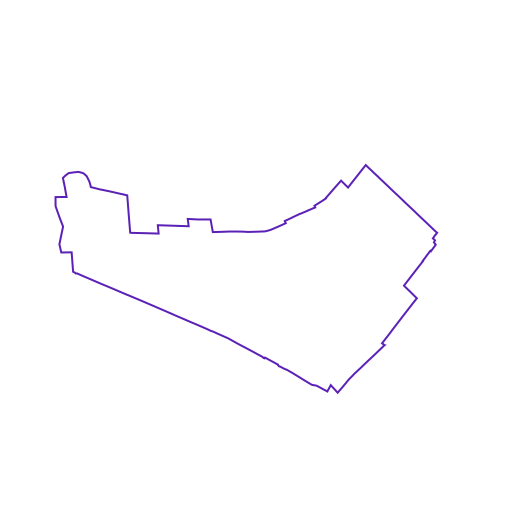 Salcia Tudor, Braila, Romania, rotated 243°
{"feature_id": "2599482B15573123019161", "entity_name": "Salcia Tudor", "entity_type": "district", "adm_level": 2, "iso_a3": "ROU", "parent_name": "Romania", "parent_adm1": "Braila", "projection": "robinson", "projection_center": [27.512, 45.411], "detail": "fine", "context": "isolated", "style": "outline", "palette": "violet", "viewbox_px": 512, "rotation_deg": 243, "n_neighbors": 0, "source": "geoboundaries", "source_scale": "gbopen_adm2", "svg_char_len": 2911}
<svg xmlns="http://www.w3.org/2000/svg" viewBox="0 0 512 512"><g transform="rotate(243 256 256)"><path d="M287.2,395.1L284.9,390.0L281.6,382.9L281.1,381.8L277.0,372.9L275.2,369.1L281.8,366.9L284.5,366.0L284.1,364.9L283.2,362.6L281.5,358.3L275.7,343.9L275.5,344.0L274.8,337.9L274.8,337.3L274.2,330.9L272.4,330.8L273.0,322.6L272.9,322.5L273.5,314.3L273.6,314.2L273.9,306.0L273.8,305.6L274.1,297.5L271.7,297.4L272.1,289.0L272.5,282.9L272.7,280.6L272.7,280.4L272.8,279.9L273.8,275.3L277.4,267.5L281.1,259.7L283.2,256.2L285.4,252.1L287.7,247.7L289.7,243.8L293.2,236.2L296.9,228.4L309.2,232.1L314.7,221.2L320.0,212.0L313.1,209.5L328.0,182.5L320.2,179.4L326.7,167.5L333.3,155.3L333.9,154.5L349.5,160.9L368.5,168.8L380.4,154.5L385.1,148.6L386.2,147.2L392.4,140.1L393.6,140.5L397.8,141.3L403.9,141.4L407.7,140.0L409.2,138.7L410.9,136.7L411.3,136.2L411.7,135.7L412.0,134.9L412.4,133.6L412.9,132.6L413.8,129.9L414.6,127.8L414.9,126.6L414.2,122.7L413.2,119.4L403.8,116.8L394.6,114.0L396.0,111.2L397.1,109.0L399.5,104.1L391.7,100.2L391.2,100.0L379.8,98.5L370.2,97.5L369.7,97.4L363.9,92.7L355.9,86.3L355.6,86.1L347.5,84.1L343.0,93.4L329.1,87.6L327.5,86.9L327.2,86.8L325.0,85.9L324.5,86.2L323.8,86.8L323.4,87.1L323.1,87.2L322.5,87.3L322.4,87.3L322.0,87.9L321.8,88.6L321.2,89.1L318.7,91.1L316.5,92.9L302.2,104.8L294.7,111.2L291.6,113.8L279.5,123.9L279.4,124.1L278.9,124.5L269.3,132.6L259.1,141.1L241.8,155.4L239.7,157.1L227.9,166.9L215.7,177.1L212.1,180.0L210.1,181.5L209.5,182.1L208.2,183.4L205.0,185.9L195.3,193.8L186.2,199.9L173.7,208.7L167.6,212.9L163.0,216.1L162.3,216.2L162.0,216.3L161.6,216.6L161.0,217.1L161.4,217.9L149.2,226.3L148.6,226.1L148.0,226.3L147.5,226.4L147.1,226.6L146.8,226.9L146.5,227.3L142.5,230.1L142.1,230.4L141.7,230.7L141.1,231.5L140.2,232.1L135.0,235.5L121.4,243.8L120.1,244.6L116.0,247.2L115.2,248.1L114.8,248.7L114.4,249.2L113.6,250.3L113.3,250.7L113.0,251.0L112.7,251.3L111.0,252.5L108.5,254.2L102.9,258.1L103.3,258.6L103.6,259.0L104.2,259.9L105.0,261.1L105.8,262.3L106.3,263.0L107.0,264.0L97.1,266.7L97.7,268.1L98.2,269.3L99.5,272.6L102.1,278.7L103.8,282.5L104.6,284.9L105.8,288.6L106.1,289.2L106.2,289.7L106.3,289.8L106.4,290.1L106.7,291.2L107.1,292.6L108.8,298.6L109.3,300.2L109.7,301.4L112.2,309.9L114.7,318.5L116.6,324.7L117.7,328.3L118.1,329.5L118.2,330.1L118.3,330.0L121.0,328.7L124.6,336.4L126.8,341.0L129.3,346.1L133.0,353.9L135.4,358.9L142.6,374.2L145.3,380.1L154.4,377.1L158.4,375.7L161.4,374.7L162.4,374.4L169.1,388.5L175.6,402.4L175.9,402.3L181.5,413.7L180.8,414.0L184.4,421.2L185.1,421.0L185.5,421.2L187.3,420.7L188.7,422.6L191.4,421.6L192.3,423.4L192.6,423.7L194.4,427.9L197.6,426.7L207.1,423.4L216.0,420.2L220.3,418.7L224.7,417.2L233.8,413.9L242.8,410.8L244.5,410.2L251.6,407.6L260.6,404.5L260.8,404.4L265.4,402.8L266.7,402.3L269.5,401.3L271.4,400.7L276.3,398.9L277.4,398.5L279.5,397.8L282.2,396.8L284.5,396.0L287.2,395.1Z" fill="none" stroke="#5b21b6" stroke-width="2"/></g></svg>